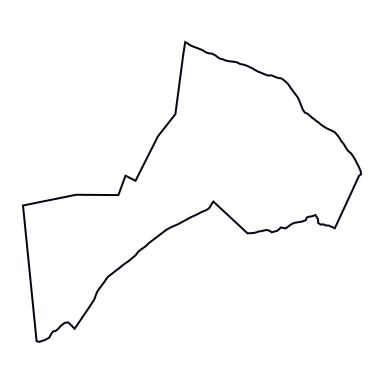 Touros, Rio Grande do Norte, Brazil
{"feature_id": "56859067B58568445498846", "entity_name": "Touros", "entity_type": "district", "adm_level": 2, "iso_a3": "BRA", "parent_name": "Brazil", "parent_adm1": "Rio Grande do Norte", "projection": "robinson", "projection_center": [-35.564, -5.29], "detail": "fine", "context": "isolated", "style": "outline", "palette": "ink", "viewbox_px": 384, "rotation_deg": 0, "n_neighbors": 0, "source": "geoboundaries", "source_scale": "gbopen_adm2", "svg_char_len": 2051}
<svg xmlns="http://www.w3.org/2000/svg" viewBox="0 0 384 384"><path d="M74.6,328.8L89.6,306.7L91.6,303.6L94.2,299.7L95.4,296.3L96.9,292.4L98.5,289.7L104.6,281.6L106.4,278.8L108.3,276.5L113.8,272.3L116.6,270.0L119.3,268.1L123.2,264.8L128.6,261.1L131.6,258.6L135.7,255.1L138.1,251.9L141.6,249.0L145.8,246.2L148.9,243.1L166.5,229.7L171.7,226.9L177.9,224.3L183.9,221.0L190.2,217.6L198.3,213.8L201.6,212.0L206.0,210.3L208.9,208.4L210.7,205.8L211.9,203.6L213.4,201.6L247.5,233.3L250.3,233.2L253.5,233.0L256.3,232.4L258.5,231.5L261.7,231.1L265.2,230.2L267.7,230.1L269.9,231.0L271.8,232.3L274.6,231.5L277.2,230.8L279.0,229.3L280.9,227.5L285.5,228.4L288.2,226.6L290.6,224.7L294.0,222.9L298.4,222.2L301.9,221.6L305.7,220.2L306.8,217.5L309.1,216.7L312.1,216.3L315.4,215.0L318.0,219.2L318.2,222.9L320.6,224.6L323.3,224.3L325.6,225.4L329.0,225.6L334.8,228.3L352.0,191.2L359.0,175.8L361.0,174.4L360.7,171.3L359.7,169.0L358.7,166.6L357.0,163.4L355.3,159.9L353.5,156.9L351.2,153.5L348.4,151.2L346.4,148.6L345.0,146.1L343.5,143.7L341.6,141.5L339.6,138.2L337.7,135.5L335.0,132.4L331.3,130.4L328.1,129.0L326.0,127.9L323.1,126.1L320.8,124.5L319.2,123.0L316.6,121.2L314.4,119.3L312.4,118.0L310.2,116.0L307.8,113.9L304.8,112.5L302.9,109.8L301.2,105.5L300.2,102.9L299.2,100.5L298.0,97.8L295.5,94.3L292.8,90.8L290.3,87.4L288.1,84.1L285.3,81.4L283.1,79.6L280.8,78.2L278.3,78.1L275.0,76.8L271.3,75.3L268.3,75.6L264.6,74.3L261.4,72.9L258.0,71.6L254.9,69.9L252.0,68.1L249.7,67.2L247.4,65.9L243.8,64.7L240.2,64.0L236.8,62.3L234.1,61.8L231.3,61.5L228.3,61.1L225.3,60.4L222.6,59.2L219.7,58.6L217.7,57.2L215.1,55.2L211.8,53.6L208.2,53.2L205.5,52.1L202.4,50.1L199.4,48.9L195.5,47.4L192.2,46.2L189.8,45.0L187.8,43.5L185.2,42.1L183.8,51.2L183.3,54.1L175.4,114.1L168.8,122.5L157.9,136.4L135.5,180.8L125.5,175.7L118.4,195.1L80.0,194.8L75.8,194.8L23.0,205.5L36.6,341.1L39.4,341.9L42.0,340.9L44.3,340.3L47.4,338.7L49.3,337.5L51.4,333.6L53.3,331.3L55.5,331.0L58.6,328.5L60.2,326.4L64.8,322.8L68.2,322.4L70.2,324.4L71.9,325.9L74.6,328.8Z" fill="none" stroke="#020617" stroke-width="2"/></svg>